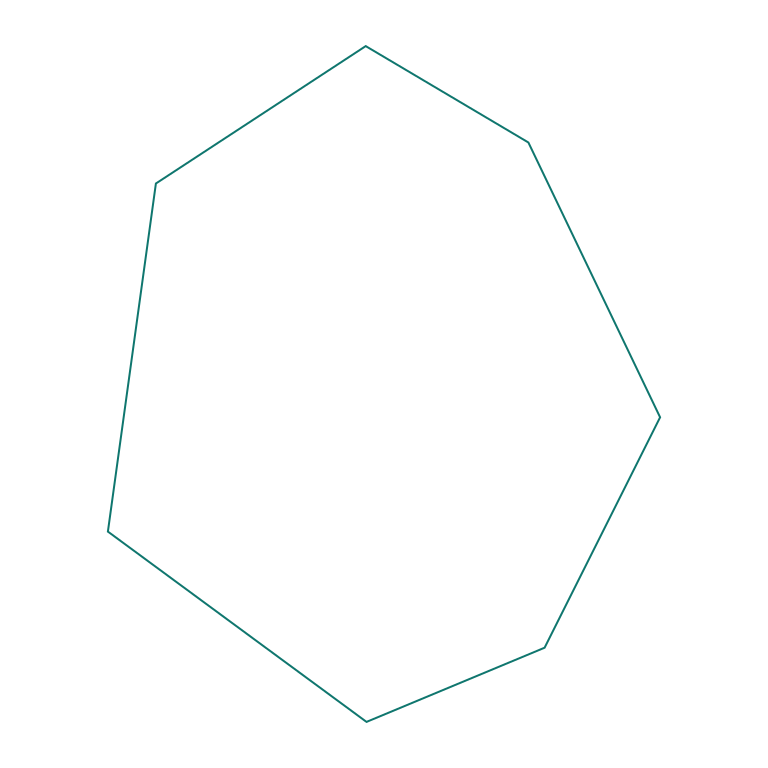 the Special Municipality of Saba
{"feature_id": "NLD-5147", "entity_name": "Saba", "entity_type": "Special Municipality", "adm_level": 1, "iso_a3": "NLD", "parent_name": "Netherlands", "parent_adm1": "", "projection": "orthographic", "projection_center": [-63.237, 17.631], "detail": "fine", "context": "isolated", "style": "outline", "palette": "teal", "viewbox_px": 768, "rotation_deg": 0, "n_neighbors": 0, "source": "natural_earth", "source_scale": "10m", "svg_char_len": 221}
<svg xmlns="http://www.w3.org/2000/svg" viewBox="0 0 768 768"><path d="M365.7,46.1L528.4,142.5L660.1,417.3L544.6,647.7L366.5,721.9L107.9,531.6L155.9,183.5L365.7,46.1Z" fill="none" stroke="#0f766e" stroke-width="2"/></svg>